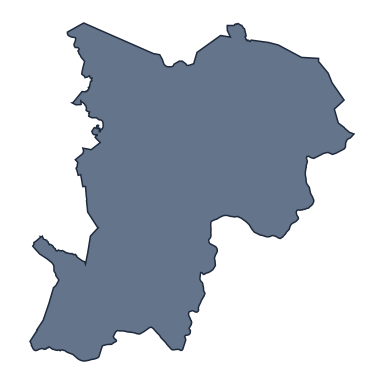 Santa Catarina, San Luis Potosí, Mexico
{"feature_id": "50627088B21714433224549", "entity_name": "Santa Catarina", "entity_type": "district", "adm_level": 2, "iso_a3": "MEX", "parent_name": "Mexico", "parent_adm1": "San Luis Potosí", "projection": "mercator", "projection_center": [-99.419, 21.575], "detail": "fine", "context": "isolated", "style": "filled", "palette": "slate", "viewbox_px": 384, "rotation_deg": 0, "n_neighbors": 0, "source": "geoboundaries", "source_scale": "gbopen_adm2", "svg_char_len": 5801}
<svg xmlns="http://www.w3.org/2000/svg" viewBox="0 0 384 384"><path d="M113.6,342.8L116.2,341.4L116.4,340.4L115.8,339.5L115.0,339.2L114.0,338.0L113.3,336.6L115.3,332.6L115.9,331.7L117.1,330.8L117.8,330.5L119.4,330.9L123.4,330.9L127.6,331.9L132.9,332.5L134.7,332.9L136.9,333.7L139.7,334.0L144.1,331.5L149.5,327.6L151.4,327.2L153.2,328.5L157.4,333.2L158.6,334.3L159.7,335.5L160.9,337.6L165.6,342.5L167.1,344.6L171.6,349.5L173.0,349.9L177.7,349.3L178.9,349.4L180.8,350.5L182.3,350.0L182.8,349.2L185.7,340.2L185.5,338.4L185.0,337.5L184.7,336.5L184.8,336.1L185.7,335.4L188.7,334.8L189.9,333.7L190.3,332.3L190.4,330.5L189.2,328.8L189.1,328.2L191.2,324.7L191.7,322.5L191.2,320.5L190.6,319.9L190.1,318.3L188.8,315.8L188.6,314.5L188.7,312.5L189.4,311.7L191.9,310.8L193.2,310.8L194.7,311.7L196.4,312.2L197.0,312.1L198.4,310.9L198.6,309.8L198.3,308.2L198.9,305.9L200.7,302.3L201.1,300.9L204.0,296.0L205.0,293.3L203.6,290.6L203.5,287.7L202.6,283.3L202.0,282.3L200.8,281.1L200.0,279.5L199.9,278.4L200.6,272.6L201.4,272.4L201.9,272.7L203.3,274.3L203.7,274.4L204.2,274.4L206.0,273.2L208.5,272.5L211.1,271.0L213.0,269.5L215.0,266.3L215.4,265.4L215.0,260.9L214.4,258.0L215.5,255.0L216.9,252.4L217.3,251.2L217.2,249.1L216.4,247.6L215.7,246.7L209.9,243.6L209.4,243.0L208.7,241.0L208.7,239.8L210.4,237.8L211.0,235.8L210.8,231.8L211.0,230.5L210.9,227.8L210.7,224.8L210.9,222.4L211.4,221.3L214.6,219.8L216.8,219.1L219.9,217.2L223.7,215.5L227.2,215.4L230.5,216.4L232.6,216.5L233.9,217.0L237.6,216.5L241.6,218.4L246.6,222.1L249.3,224.8L251.7,228.9L254.4,232.2L260.3,235.1L262.0,235.3L265.6,236.5L267.5,236.9L269.9,236.6L271.7,235.7L272.9,235.5L275.9,236.4L278.3,237.9L280.2,238.5L282.7,237.0L283.0,236.4L285.4,234.0L286.7,231.9L289.2,229.4L290.3,225.6L292.0,223.6L296.0,221.4L298.1,219.2L298.4,218.7L298.2,217.2L296.8,215.2L296.2,212.4L296.4,211.5L297.2,210.2L298.0,209.9L300.2,210.2L300.8,209.9L302.4,210.0L302.9,209.5L304.5,209.4L306.0,208.8L306.3,208.5L308.2,208.2L309.4,207.3L310.2,206.3L311.1,205.8L312.4,204.5L313.4,202.5L313.8,201.0L313.7,199.8L312.7,197.8L312.4,196.6L311.1,194.6L310.4,192.7L309.3,187.4L307.1,184.3L306.3,182.5L306.1,181.3L306.1,179.4L305.3,174.8L305.3,172.4L305.8,168.9L306.3,167.0L306.1,166.1L307.4,161.5L306.4,157.9L307.0,156.5L308.3,156.2L311.4,157.8L313.8,158.4L323.8,153.3L328.0,152.4L332.5,154.4L336.0,153.2L344.4,148.8L345.4,147.1L345.7,142.7L347.3,139.4L350.5,137.8L354.0,134.0L349.4,132.3L344.6,128.2L344.2,127.5L338.3,123.0L334.3,109.1L344.1,100.1L332.1,82.9L328.2,73.2L318.5,61.5L318.6,58.4L301.5,57.4L278.3,45.0L268.7,42.5L251.1,40.1L250.0,41.6L248.1,40.1L247.8,40.1L247.0,40.7L246.7,39.8L245.9,39.4L245.9,38.6L245.2,37.2L245.1,36.7L246.1,36.1L246.1,35.6L244.4,28.6L243.6,28.3L241.8,25.5L241.5,25.6L238.0,23.5L236.7,24.3L236.4,24.3L236.2,23.9L235.6,24.0L234.7,24.6L234.4,25.3L233.6,25.5L227.2,25.5L227.3,30.5L230.4,37.1L220.6,35.5L197.0,52.4L193.7,63.7L189.1,65.3L186.8,65.4L186.3,64.8L186.1,64.1L182.4,61.2L179.4,61.1L174.1,64.1L173.4,65.6L172.9,66.2L170.9,66.9L166.7,66.6L164.1,64.6L162.3,59.4L159.7,54.7L153.4,53.6L83.7,23.0L67.4,32.1L67.4,33.5L67.8,34.7L68.4,35.5L70.7,36.8L75.3,37.7L75.7,38.3L75.5,40.3L74.0,44.3L74.2,45.9L75.2,47.5L77.8,47.6L78.9,48.5L79.2,49.3L77.9,50.9L78.5,51.9L79.1,53.8L80.1,55.0L81.1,57.2L84.6,61.3L82.8,68.2L81.7,73.8L81.9,74.3L84.7,76.4L84.9,77.6L86.9,77.2L89.5,75.9L90.4,78.1L91.6,77.9L92.0,78.1L91.4,79.6L91.9,80.9L90.6,81.3L89.4,87.2L88.6,87.2L88.4,87.5L89.1,88.3L87.9,89.8L88.0,90.4L87.4,90.9L86.3,91.0L86.3,91.6L84.4,91.8L82.1,91.5L73.2,102.4L72.0,102.8L75.9,104.8L80.7,104.6L81.2,104.4L80.8,100.9L81.0,101.1L81.4,101.6L83.2,102.7L83.4,103.2L84.3,103.7L85.0,105.1L85.8,105.7L86.4,107.9L86.4,109.0L86.1,109.8L86.2,110.5L87.7,111.4L89.6,112.0L89.3,113.1L88.7,113.4L89.1,114.4L89.0,115.4L88.6,115.9L88.8,116.3L92.0,117.8L93.9,117.6L94.1,117.8L96.3,117.7L99.2,119.9L100.7,119.8L102.5,121.2L102.8,122.0L103.2,124.8L103.1,127.1L102.1,129.1L101.0,129.2L100.2,131.7L99.3,131.7L99.6,128.3L97.7,128.6L98.6,125.4L97.5,125.2L96.8,125.6L96.1,128.1L94.2,127.7L91.8,131.4L92.8,133.7L94.0,134.7L97.1,134.6L97.2,135.5L95.9,135.7L95.6,137.2L95.2,137.3L96.7,139.1L100.3,142.5L91.2,149.7L82.8,148.1L83.6,150.9L82.9,153.5L75.3,159.7L77.8,162.4L77.3,164.6L77.1,167.0L76.4,167.5L76.1,168.5L77.1,170.8L78.2,175.3L80.7,174.7L82.8,186.6L85.5,186.5L86.3,196.1L86.8,199.9L86.5,200.4L87.7,212.1L97.4,227.1L98.3,227.6L90.4,236.1L87.9,251.9L85.5,264.1L84.6,261.7L82.6,261.0L77.4,257.4L76.8,256.5L76.6,255.8L75.9,255.5L75.7,254.6L75.3,254.3L74.4,254.7L73.9,254.4L73.7,254.6L72.4,254.0L72.0,253.5L70.3,253.8L69.5,253.4L67.4,253.1L66.7,252.6L66.1,252.7L65.4,252.6L64.8,251.7L62.2,250.5L61.4,250.8L59.4,250.6L58.5,250.0L56.9,250.9L56.3,250.8L56.3,250.5L55.5,250.0L55.4,248.8L53.4,247.3L53.3,246.5L52.3,245.6L50.8,244.5L49.6,244.4L49.3,244.7L49.0,244.5L48.9,243.7L48.5,243.4L48.1,241.9L47.4,241.5L46.7,240.3L43.5,239.1L42.3,236.2L41.6,236.9L40.1,236.5L40.3,237.5L35.4,241.6L33.9,242.5L33.8,243.1L34.1,244.2L32.7,246.1L35.7,249.6L39.7,254.0L47.0,258.8L52.0,262.8L53.1,264.4L53.9,265.8L54.0,271.0L55.7,273.8L55.9,275.7L58.9,280.0L55.9,285.6L53.5,287.7L49.0,303.2L43.2,320.2L36.8,329.9L37.2,330.2L30.0,341.4L31.5,344.3L31.3,345.4L32.3,346.9L32.4,347.6L33.7,349.6L34.6,350.3L35.6,350.6L37.0,350.3L40.0,348.9L41.4,348.7L42.2,348.4L44.1,349.3L44.8,349.0L45.2,349.2L45.9,349.0L46.3,348.8L46.8,348.0L47.5,348.1L48.1,347.8L48.1,347.4L48.3,347.1L48.8,347.3L49.5,347.0L52.1,349.0L53.3,349.4L53.6,349.3L55.2,350.0L56.8,350.3L57.6,350.3L58.0,350.0L59.3,350.1L59.7,350.5L60.3,350.7L60.6,350.3L62.4,349.8L63.5,350.4L64.4,350.4L67.1,352.2L73.0,354.5L77.9,358.8L80.2,360.1L82.2,360.8L84.1,361.0L85.5,360.9L89.3,360.2L91.8,359.3L93.0,359.3L95.7,358.6L97.9,357.7L98.9,356.7L102.0,346.9L102.5,345.9L102.9,345.6L107.0,344.5L111.6,344.3L113.6,342.8Z" fill="#64748b" stroke="#1e293b" stroke-width="1.5"/></svg>